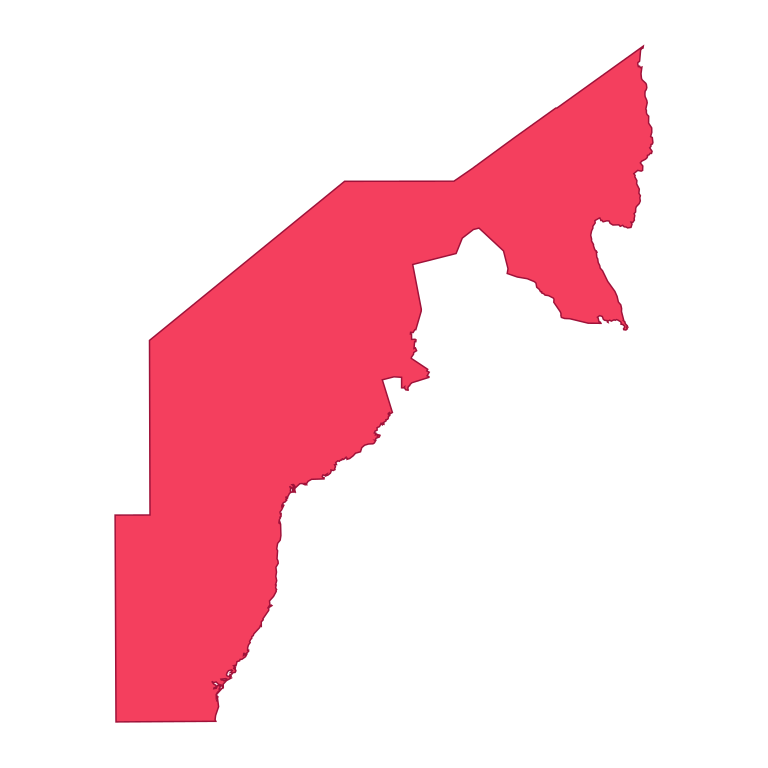 the district of Whyalla, South Australia, Australia
{"feature_id": "25037944B64884179183706", "entity_name": "Whyalla", "entity_type": "district", "adm_level": 2, "iso_a3": "AUS", "parent_name": "Australia", "parent_adm1": "South Australia", "projection": "albers", "projection_center": [137.585, -33.046], "detail": "fine", "context": "isolated", "style": "filled", "palette": "rose", "viewbox_px": 768, "rotation_deg": 0, "n_neighbors": 0, "source": "geoboundaries", "source_scale": "gbopen_adm2", "svg_char_len": 6110}
<svg xmlns="http://www.w3.org/2000/svg" viewBox="0 0 768 768"><path d="M215.8,721.3L215.1,719.6L215.6,715.5L218.6,706.7L217.7,699.8L217.1,701.0L216.7,700.8L218.1,696.2L217.5,697.3L217.1,696.2L216.3,697.5L216.2,694.5L217.6,692.2L218.2,691.8L218.1,692.7L222.0,688.4L219.2,689.9L219.1,689.0L220.6,686.3L218.0,685.4L217.3,685.8L216.3,688.3L213.8,688.7L214.0,687.9L216.0,687.2L216.2,686.1L215.6,685.1L213.7,684.1L211.8,681.4L213.8,682.6L216.1,681.9L218.5,684.2L222.2,685.4L222.0,685.9L222.6,685.9L222.4,687.9L222.9,688.2L223.3,687.5L223.2,684.2L226.3,680.8L224.7,680.3L223.9,680.8L222.9,680.0L221.3,680.0L220.9,679.2L225.7,678.6L226.6,678.9L225.9,679.9L226.8,680.4L231.2,678.0L230.1,677.6L231.2,676.3L230.8,674.6L229.9,674.8L229.3,676.3L227.9,676.4L226.7,675.5L226.5,674.6L227.2,672.5L228.5,670.7L231.7,669.9L232.4,670.6L230.5,672.5L231.3,672.4L232.1,673.8L233.0,672.7L235.1,672.4L235.9,670.8L235.4,669.5L235.0,669.5L235.4,667.3L233.4,668.9L234.6,666.7L233.6,665.7L236.2,665.1L237.0,661.6L239.6,660.8L240.1,659.4L241.9,659.3L245.5,656.7L246.4,655.0L245.6,655.4L244.9,654.6L243.5,655.5L243.7,653.6L244.0,653.3L245.5,654.2L248.6,651.3L248.6,650.1L247.6,650.2L247.7,647.4L248.6,644.7L250.2,642.6L249.6,641.6L250.7,639.3L251.7,638.5L251.9,636.5L253.3,635.6L253.8,633.9L259.7,627.5L260.4,625.6L261.3,626.2L261.3,621.8L263.2,619.8L262.9,618.8L268.7,610.4L268.8,607.6L271.9,605.6L271.2,605.1L267.5,608.5L269.9,604.9L269.5,600.9L273.5,596.5L276.2,591.5L276.1,590.2L276.6,589.6L275.6,587.9L276.2,585.0L275.5,584.8L276.7,580.7L275.8,576.4L276.5,572.1L275.9,567.3L278.2,563.4L278.0,561.0L277.0,558.8L277.6,550.7L276.7,549.0L277.6,543.4L280.2,540.1L280.9,535.6L280.6,524.2L279.6,521.1L279.1,523.1L278.9,522.9L279.3,519.8L280.3,518.0L279.9,517.2L281.0,516.6L281.1,513.6L280.4,513.9L279.9,512.1L281.6,509.9L284.1,504.7L282.8,505.7L281.8,507.7L281.8,505.3L283.5,502.5L285.0,502.0L286.7,500.1L285.9,499.6L286.4,498.7L285.9,497.2L286.4,497.0L287.5,498.0L287.8,496.6L289.6,493.2L291.0,492.4L290.3,491.0L290.7,488.7L289.6,486.2L292.7,488.8L293.1,487.2L293.8,486.4L292.0,484.7L293.3,484.5L294.1,485.1L295.0,486.7L293.6,489.2L294.3,491.3L292.6,489.9L292.4,491.5L291.8,492.1L295.3,492.0L294.7,489.8L295.0,488.2L299.8,483.7L302.2,483.5L305.1,484.8L306.7,484.7L306.3,484.0L304.7,484.1L304.5,483.5L306.6,483.6L308.1,481.3L311.6,479.3L324.0,478.9L324.1,477.8L322.6,477.3L322.2,476.5L323.0,474.9L324.8,475.4L326.8,474.1L326.0,475.8L328.1,475.0L330.4,473.1L331.1,471.3L331.0,470.0L333.2,470.5L335.0,469.6L334.7,468.4L335.5,466.8L334.6,464.8L336.5,464.6L335.7,462.6L337.8,460.8L339.3,461.3L340.4,460.2L341.8,460.0L342.3,458.9L343.7,459.4L346.0,457.3L346.2,458.1L347.2,458.3L347.1,459.3L349.7,458.5L353.2,455.8L355.5,453.2L360.5,451.8L361.8,447.6L364.6,445.2L368.6,444.0L373.0,443.8L374.4,442.9L375.6,440.6L375.1,440.3L375.8,440.3L375.6,439.2L376.0,438.3L379.3,437.0L380.0,435.3L378.7,434.8L376.9,436.6L377.4,435.7L377.3,434.5L376.8,434.1L375.5,434.8L375.7,433.1L374.3,432.9L375.1,431.1L377.1,430.2L377.1,427.6L379.5,426.6L381.1,423.4L382.3,424.9L383.1,424.1L383.9,424.3L383.9,423.6L382.9,423.0L386.1,420.8L385.9,419.7L387.6,419.3L388.3,418.2L388.4,416.5L389.8,415.5L389.8,414.7L388.4,414.5L388.3,413.4L389.5,412.6L389.7,414.0L392.4,412.5L382.3,379.8L394.0,376.8L401.6,377.3L401.6,387.8L403.4,387.9L404.6,386.8L404.5,387.9L405.7,389.8L408.7,390.3L408.0,389.8L407.9,387.9L408.5,386.3L409.5,385.8L410.3,384.2L412.0,382.7L428.9,377.4L428.9,376.7L427.1,375.8L429.2,372.2L426.8,370.9L427.7,369.3L411.3,358.4L411.5,357.1L413.5,354.3L413.7,352.5L416.6,350.7L415.4,347.9L414.0,348.5L414.6,341.8L415.8,341.7L416.0,339.9L414.9,339.7L414.8,340.4L414.9,339.3L411.6,339.4L411.5,334.0L410.4,334.0L410.6,332.3L413.1,332.5L414.8,329.7L415.8,329.7L421.2,311.2L421.3,309.2L412.7,264.5L456.1,253.5L462.3,238.1L473.4,229.5L479.0,228.1L503.5,250.9L508.0,268.7L507.2,273.5L517.3,277.0L527.3,278.7L534.5,281.7L536.0,283.2L536.7,287.2L539.3,289.4L540.5,291.7L541.6,291.7L541.8,293.0L543.7,293.7L545.0,295.1L548.5,295.6L553.4,298.1L554.0,299.3L553.8,302.3L560.3,311.8L561.0,313.7L560.9,315.4L561.4,317.4L564.7,318.5L569.7,318.7L588.2,323.2L600.9,323.3L600.4,322.2L599.0,321.7L598.1,318.0L597.4,317.2L599.7,315.6L602.3,316.5L603.4,319.4L604.7,320.3L607.2,320.6L607.4,322.0L608.0,322.3L607.6,321.1L609.8,320.2L611.3,321.1L614.1,319.8L615.2,320.3L616.5,319.6L617.7,320.0L620.6,321.7L621.1,322.6L621.0,324.2L622.7,324.5L624.6,326.2L624.7,327.1L623.5,328.9L623.8,329.7L625.9,330.0L627.3,328.8L626.7,327.7L626.9,326.8L627.7,327.0L627.3,325.8L625.4,323.8L624.7,321.5L623.2,320.4L623.6,319.8L621.5,311.6L621.6,308.5L620.8,304.9L618.4,302.0L617.1,296.4L614.9,291.4L607.7,281.4L602.5,270.7L600.2,268.1L599.7,265.5L598.2,262.5L597.7,258.8L596.8,257.3L596.4,252.6L597.0,252.3L596.3,250.9L595.6,250.9L594.6,249.1L593.5,245.9L593.5,244.5L591.5,240.9L591.6,239.1L590.7,235.2L591.6,230.8L592.9,228.1L592.8,226.4L595.2,222.9L594.9,220.6L599.4,218.0L599.9,218.0L600.9,220.5L601.8,220.3L603.1,221.8L606.9,220.8L609.1,221.0L610.1,223.3L612.9,225.0L618.8,224.8L620.2,226.3L622.7,225.3L624.2,226.8L626.1,227.0L627.6,227.9L631.0,227.4L632.0,224.2L631.0,222.2L632.8,222.4L634.4,220.1L634.1,218.9L634.8,215.6L634.1,213.6L635.6,212.0L635.7,208.4L636.3,206.7L639.2,203.6L640.3,200.9L639.8,197.8L640.4,195.7L638.9,193.3L639.3,189.1L636.6,183.8L636.9,180.6L634.8,176.8L635.1,175.4L633.8,173.6L637.7,170.4L641.2,171.1L642.6,170.4L642.8,166.0L640.3,162.9L641.8,161.1L645.5,159.2L646.9,157.9L647.5,156.7L647.4,155.4L649.1,154.8L650.2,153.3L651.5,153.4L652.1,151.3L649.7,147.8L650.9,146.5L651.0,144.5L652.4,144.0L652.9,142.5L652.3,137.5L650.6,136.6L651.8,132.3L651.7,127.9L648.6,123.1L648.7,116.2L647.0,114.5L646.4,112.8L646.4,110.2L645.8,109.1L647.2,102.8L646.8,100.4L645.1,96.6L644.9,94.2L645.1,91.2L646.2,89.7L646.8,87.7L646.4,84.6L645.9,83.4L642.2,79.9L641.5,78.5L641.0,73.7L641.9,67.1L640.4,67.7L639.6,66.2L638.4,66.6L637.7,64.0L637.9,62.5L639.5,61.4L639.7,60.3L640.6,50.1L641.7,48.6L643.0,48.1L643.3,46.1L557.0,108.0L555.7,108.1L514.1,137.9L471.5,169.1L453.9,181.2L344.6,181.3L149.5,340.4L150.0,515.0L115.1,515.1L116.0,721.9L215.8,721.3Z" fill="#f43f5e" stroke="#9f1239" stroke-width="1.5"/></svg>